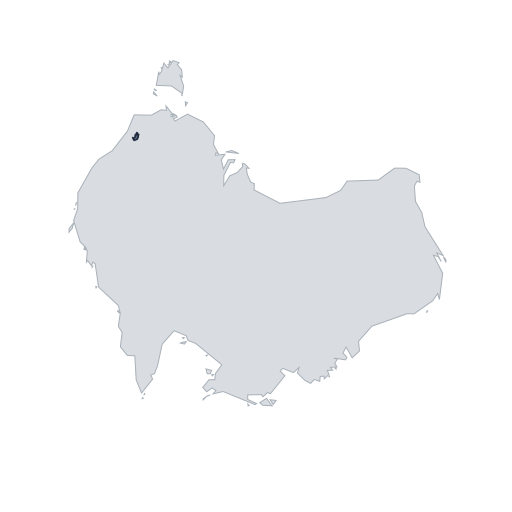 Unincorporated ACT, Australian Capital Territory, Australia shown in context, rotated 195°
{"feature_id": "25037944B15172244637897", "entity_name": "Unincorporated ACT", "entity_type": "district", "adm_level": 2, "iso_a3": "AUS", "parent_name": "Australia", "parent_adm1": "Australian Capital Territory", "projection": "albers", "projection_center": [149.092, -35.522], "detail": "fine", "context": "in_parent", "style": "filled", "palette": "slate", "viewbox_px": 512, "rotation_deg": 195, "n_neighbors": 0, "source": "geoboundaries", "source_scale": "gbopen_adm2", "svg_char_len": 5206}
<svg xmlns="http://www.w3.org/2000/svg" viewBox="0 0 512 512"><g transform="rotate(195 256 256)"><path d="M339.7,105.4L347.2,128.2L354.6,126.7L363.5,133.2L365.5,147.5L370.7,152.3L372.3,165.6L376.1,172.5L400.0,185.2L409.3,206.8L411.9,207.9L412.4,204.0L417.4,208.0L418.2,206.1L420.2,217.1L423.1,220.5L429.5,224.1L441.4,243.1L440.5,255.6L444.4,270.9L437.2,298.9L432.7,309.0L422.2,320.4L412.5,343.4L410.2,360.8L393.5,365.0L385.4,372.7L380.2,373.5L381.8,377.7L373.6,371.7L374.7,370.2L374.1,368.7L372.6,368.7L370.0,371.5L368.0,369.9L371.2,367.2L369.2,365.4L358.8,375.3L341.5,371.8L327.2,361.5L325.9,352.6L318.8,345.1L321.5,345.2L321.2,342.8L312.3,346.2L314.4,339.9L309.9,331.5L307.7,341.8L301.1,343.6L301.8,340.2L304.9,339.8L307.9,325.6L305.4,315.6L302.0,326.8L295.7,331.8L292.0,338.8L293.1,342.0L290.4,341.9L285.5,338.9L288.2,338.5L285.4,332.4L280.1,325.9L276.4,325.5L274.9,319.3L246.5,313.1L203.5,330.6L191.2,341.3L187.4,351.9L157.6,361.0L144.9,376.7L133.9,379.6L119.4,376.7L116.7,369.6L120.0,369.8L121.1,364.5L116.1,350.0L107.1,340.8L100.3,327.9L75.4,304.9L82.2,305.8L75.6,298.5L79.9,302.6L84.8,302.6L71.2,287.6L67.6,261.5L70.8,266.7L73.7,258.6L88.4,241.0L95.1,239.4L125.9,218.2L134.9,200.2L131.5,191.1L136.7,182.6L145.4,191.3L146.9,184.8L142.0,181.7L142.5,178.9L154.6,177.5L150.7,177.5L152.1,172.8L149.1,169.8L155.3,167.7L152.4,165.6L157.5,163.9L154.8,160.5L158.3,155.0L159.3,157.5L162.8,156.3L162.0,151.4L167.7,151.8L170.3,147.1L176.6,148.5L185.7,153.7L185.6,159.5L189.6,153.1L201.2,154.4L202.8,151.0L197.1,147.8L206.5,126.6L209.3,127.3L212.9,121.8L214.8,123.5L228.0,119.7L226.9,115.3L217.2,113.6L218.5,112.2L252.7,116.6L261.8,111.7L259.9,115.7L264.2,117.2L268.5,112.1L273.4,115.3L269.3,124.4L263.7,125.9L264.8,131.9L260.9,142.1L291.8,156.0L299.9,156.9L302.7,160.9L315.8,162.6L323.8,146.5L322.7,124.4L323.6,116.1L326.8,113.8L324.0,110.3L331.1,94.0L339.7,105.4ZM369.1,393.8L381.7,398.4L396.5,395.0L397.6,408.9L396.6,406.4L395.1,409.3L394.9,418.5L389.7,414.8L386.6,423.3L380.4,422.8L381.5,420.4L376.0,416.6L373.5,409.6L376.0,410.8L369.8,401.2L369.1,393.8ZM201.7,115.4L211.1,113.6L214.4,115.4L209.0,121.2L201.7,115.4ZM299.1,350.6L312.1,348.7L306.8,351.6L299.1,350.6ZM272.6,129.6L275.1,134.0L269.2,134.0L269.7,130.5L272.6,129.6ZM440.7,240.9L440.6,235.3L442.8,230.6L443.6,234.1L440.7,240.9ZM392.8,384.9L397.1,386.1L397.2,388.0L392.8,384.9ZM201.0,116.9L205.2,120.8L199.2,121.7L201.0,116.9ZM364.2,386.7L361.8,386.3L362.9,382.9L364.2,386.7ZM306.5,152.4L303.9,154.1L301.2,155.2L302.3,152.4L306.5,152.4ZM74.9,303.7L72.0,301.9L70.9,299.6L71.2,299.3L74.9,303.7ZM396.3,389.9L397.9,391.2L394.8,390.1L396.3,389.9ZM422.0,217.9L424.0,217.9L423.9,220.4L422.0,217.9ZM373.0,165.4L375.5,166.8L375.1,167.7L373.0,165.4ZM389.7,419.8L389.9,422.1L388.3,421.4L389.7,419.8ZM443.3,257.9L443.4,261.0L443.1,260.9L443.3,257.9ZM225.6,110.9L223.9,109.9L224.8,109.1L225.6,110.9ZM269.8,104.6L267.8,107.2L270.0,102.8L269.8,104.6ZM443.8,254.2L442.8,255.1L443.5,254.1L443.8,254.2ZM278.5,147.1L277.3,147.7L277.9,146.5L278.5,147.1ZM268.0,130.0L266.4,130.5L267.2,128.9L268.0,130.0ZM76.5,245.3L76.7,247.3L76.0,247.4L76.5,245.3ZM328.2,93.1L328.3,94.7L327.6,93.6L328.2,93.1ZM372.7,369.5L373.0,370.6L372.6,370.3L372.7,369.5ZM267.2,108.0L264.3,110.0L267.3,107.5L267.2,108.0ZM154.4,158.2L153.6,159.6L154.0,158.1L154.4,158.2ZM390.5,418.2L389.7,418.6L390.1,417.8L390.5,418.2ZM305.8,158.2L304.1,158.4L304.9,157.3L305.8,158.2ZM150.5,168.0L149.8,168.9L149.4,167.4L150.5,168.0ZM396.3,413.3L395.2,414.0L395.6,412.7L396.3,413.3ZM329.0,88.7L328.9,89.8L328.0,89.4L329.0,88.7ZM372.1,371.0L373.3,372.0L371.4,371.7L372.1,371.0ZM402.9,185.1L401.8,185.1L402.2,183.8L402.9,185.1ZM411.5,203.8L410.9,203.8L411.3,202.8L411.5,203.8ZM369.5,392.1L369.3,393.0L368.9,391.9L369.5,392.1Z" fill="#d9dde1" stroke="#a8b0b8" stroke-width="1"/><path d="M404.3,337.0L404.2,336.9L404.2,336.7L403.9,336.4L403.8,336.2L403.7,336.2L403.4,336.2L403.3,336.3L401.0,338.0L400.9,338.1L400.8,338.3L400.9,338.5L401.0,338.7L401.0,338.8L400.9,338.8L400.9,339.0L400.8,339.3L400.7,339.3L400.7,339.5L400.7,339.8L400.6,340.0L400.7,340.3L400.7,340.5L400.7,340.8L400.8,340.8L400.8,341.0L400.7,341.0L400.8,341.3L400.7,341.3L400.7,341.5L400.8,341.6L400.9,341.8L400.8,342.0L401.0,342.2L401.1,342.3L401.2,342.5L401.3,342.5L401.5,342.4L401.4,342.4L401.5,342.3L401.5,342.2L401.7,342.3L401.7,342.6L401.8,342.6L401.7,342.7L401.8,342.7L401.7,342.8L401.7,343.0L401.7,343.3L401.8,343.3L401.8,343.5L402.0,343.8L402.2,344.0L402.3,344.0L402.5,344.0L402.8,344.1L402.9,344.3L403.0,344.3L403.0,344.2L403.1,343.9L403.2,343.7L403.3,343.6L403.3,343.4L403.4,343.2L403.4,342.9L403.3,342.7L403.4,342.4L403.4,342.2L403.5,342.0L403.4,341.9L403.4,341.7L403.4,341.4L403.3,341.2L403.2,341.1L403.2,340.9L403.3,340.8L403.5,340.8L403.8,340.9L403.7,340.7L403.8,340.1L403.8,339.9L403.8,339.7L403.7,339.6L403.8,339.5L403.8,339.4L403.7,339.3L403.7,339.2L403.8,339.2L404.1,338.7L404.3,338.4L404.5,338.3L404.6,338.2L404.8,338.2L404.8,338.3L405.0,338.3L405.0,338.2L405.0,338.3L405.4,338.3L405.5,338.4L405.8,338.2L405.9,337.9L405.8,338.0L405.7,338.0L405.6,337.9L405.4,337.8L405.3,337.7L405.3,337.8L405.2,337.7L404.9,337.6L404.7,337.5L404.7,337.4L404.6,337.2L404.4,337.1L404.3,337.0Z" fill="#64748b" stroke="#1e293b" stroke-width="1.5"/></g></svg>